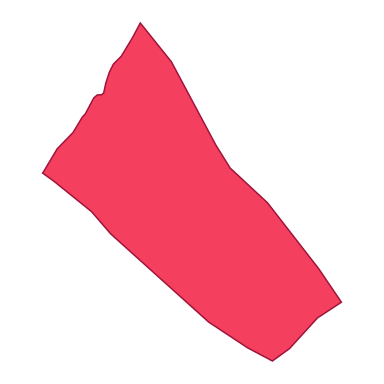 Balha, Tadjourah, Djibouti
{"feature_id": "41766387B97155389424645", "entity_name": "Balha", "entity_type": "district", "adm_level": 2, "iso_a3": "DJI", "parent_name": "Djibouti", "parent_adm1": "Tadjourah", "projection": "orthographic", "projection_center": [42.238, 11.898], "detail": "fine", "context": "isolated", "style": "filled", "palette": "rose", "viewbox_px": 384, "rotation_deg": 0, "n_neighbors": 0, "source": "geoboundaries", "source_scale": "gbopen_adm2", "svg_char_len": 504}
<svg xmlns="http://www.w3.org/2000/svg" viewBox="0 0 384 384"><path d="M140.3,23.0L132.7,37.3L121.3,56.2L113.4,64.1L109.3,72.3L107.5,77.9L105.9,82.7L103.7,92.9L101.6,94.7L97.2,95.0L93.8,97.9L85.3,113.9L82.5,116.8L73.1,132.4L71.4,134.2L57.2,148.8L43.2,172.3L42.6,173.1L53.2,180.7L91.6,211.7L110.8,234.0L208.8,322.2L247.7,347.9L272.4,361.0L289.5,348.6L317.5,317.9L341.4,302.2L318.9,269.0L267.5,202.8L230.2,168.1L215.8,145.0L171.4,61.8L140.3,23.0Z" fill="#f43f5e" stroke="#9f1239" stroke-width="1.5"/></svg>